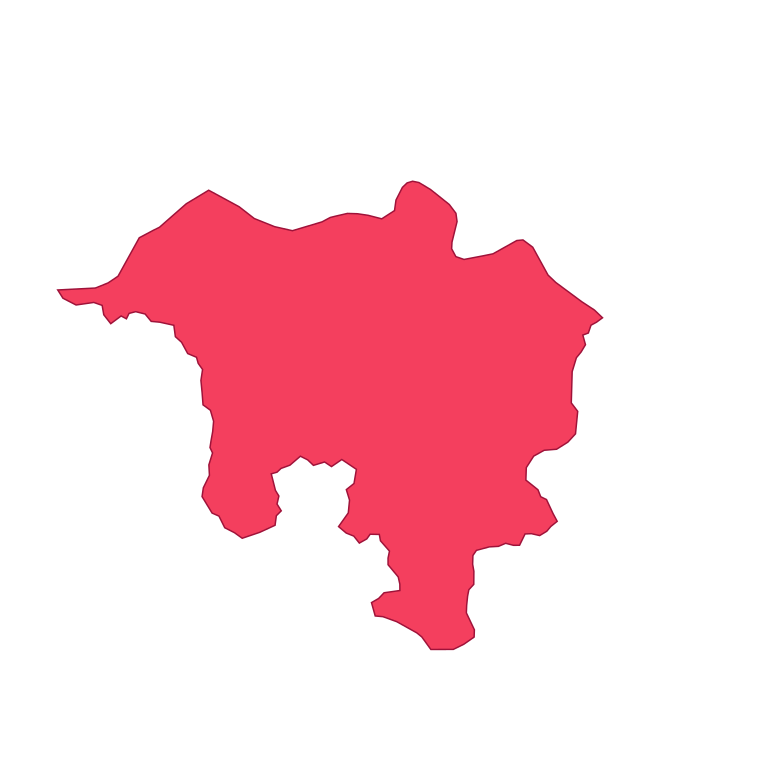 the district of Taquari, Rio Grande do Sul, Brazil, rotated 146°
{"feature_id": "56859067B40786512942851", "entity_name": "Taquari", "entity_type": "district", "adm_level": 2, "iso_a3": "BRA", "parent_name": "Brazil", "parent_adm1": "Rio Grande do Sul", "projection": "albers", "projection_center": [-51.816, -29.739], "detail": "fine", "context": "isolated", "style": "filled", "palette": "rose", "viewbox_px": 768, "rotation_deg": 146, "n_neighbors": 0, "source": "geoboundaries", "source_scale": "gbopen_adm2", "svg_char_len": 2259}
<svg xmlns="http://www.w3.org/2000/svg" viewBox="0 0 768 768"><g transform="rotate(146 384 384)"><path d="M168.2,327.7L174.1,341.8L184.8,372.1L187.1,382.6L184.2,414.2L188.2,425.7L193.7,428.7L220.9,431.0L230.3,434.9L248.0,442.5L253.2,449.4L252.3,458.3L248.3,463.6L232.6,477.8L228.9,485.3L229.5,496.3L236.7,519.3L242.4,531.5L246.9,536.1L252.4,537.8L258.8,536.7L271.2,529.8L278.3,521.9L293.5,522.2L302.8,532.7L310.8,540.0L319.0,545.9L330.2,550.2L335.4,552.1L344.8,553.1L374.2,562.3L386.7,575.6L399.0,593.7L405.0,612.0L421.0,642.7L447.1,644.0L482.5,639.5L489.1,640.4L505.1,642.1L544.2,622.1L556.2,622.1L569.7,625.0L601.9,644.4L602.2,634.6L595.1,621.7L579.0,613.9L573.7,606.8L577.6,598.1L576.8,586.8L563.9,587.4L561.1,582.1L555.9,585.1L549.4,582.8L542.9,575.6L542.0,566.1L535.4,560.7L525.4,550.2L530.5,539.9L528.5,531.8L529.7,519.0L524.5,511.0L526.5,505.0L526.3,497.5L533.8,489.3L539.5,478.8L545.7,467.9L542.6,459.3L546.1,448.4L552.6,440.4L559.2,433.6L563.8,428.6L564.7,422.7L574.4,414.9L579.8,405.9L591.8,399.0L597.8,392.4L598.7,373.1L594.7,366.8L596.4,353.9L591.1,344.3L587.8,335.4L569.9,330.5L553.3,327.8L546.9,335.0L540.1,336.3L539.8,344.3L533.8,349.9L533.5,356.5L529.7,367.0L527.7,372.6L522.0,370.7L516.6,371.6L507.4,369.3L493.7,370.9L489.7,363.8L488.0,356.0L476.9,352.6L473.7,344.9L461.2,345.0L454.6,328.7L464.5,318.3L474.3,317.5L477.5,307.0L485.7,297.1L501.4,291.2L498.7,281.6L494.1,274.8L493.4,265.9L484.9,265.2L479.5,267.2L472.0,261.9L474.6,256.0L472.9,242.4L478.0,237.4L481.7,231.9L480.1,216.1L482.8,209.2L486.3,203.9L500.7,210.9L508.4,209.2L516.6,209.8L521.0,196.6L515.0,191.7L506.4,179.9L496.0,159.4L494.1,153.2L493.6,137.7L474.9,125.2L463.2,123.6L450.8,123.8L446.5,129.7L443.7,148.2L439.3,154.2L433.3,161.4L428.7,166.0L421.6,167.7L414.2,178.5L411.3,185.0L406.2,192.1L400.4,194.4L387.8,190.1L379.9,185.4L372.2,183.9L366.9,177.9L361.8,174.5L350.9,180.8L345.5,177.5L339.7,171.3L331.4,170.9L325.4,172.6L317.2,173.3L316.3,182.1L313.9,197.3L317.1,202.9L315.5,210.2L320.1,225.0L312.8,235.1L300.2,240.5L288.3,239.5L277.4,233.4L264.0,233.0L253.1,235.6L238.7,253.0L239.3,263.6L221.1,289.0L209.8,298.2L202.7,300.3L195.0,303.9L191.8,313.4L186.1,312.0L179.5,317.0L173.3,316.4L165.8,316.7L168.2,327.7Z" fill="#f43f5e" stroke="#9f1239" stroke-width="1.5"/></g></svg>